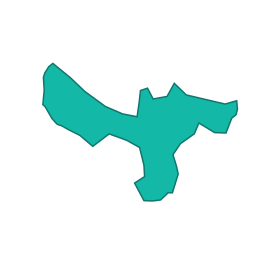 map outline of Kekavas (Albers equal-area conic projection), rotated 200°
{"feature_id": "LVA-5767", "entity_name": "Kekavas", "entity_type": "Municipality", "adm_level": 1, "iso_a3": "LVA", "parent_name": "Latvia", "parent_adm1": "", "projection": "albers", "projection_center": [24.247, 56.806], "detail": "fine", "context": "isolated", "style": "filled", "palette": "teal", "viewbox_px": 256, "rotation_deg": 200, "n_neighbors": 0, "source": "natural_earth", "source_scale": "10m", "svg_char_len": 761}
<svg xmlns="http://www.w3.org/2000/svg" viewBox="0 0 256 256"><g transform="rotate(200 128 128)"><path d="M88.2,65.2L103.0,78.5L95.8,88.0L100.3,98.5L110.5,113.7L125.2,116.0L143.7,116.0L154.8,98.7L170.7,104.6L182.9,106.0L191.3,107.4L194.3,107.2L196.3,107.5L202.7,110.9L213.3,119.8L216.0,120.8L219.7,135.0L224.8,146.6L225.0,151.3L223.4,158.6L220.7,163.0L199.5,155.6L180.9,147.5L156.6,140.5L138.0,139.4L123.3,141.7L126.5,156.9L129.1,167.5L123.3,172.1L114.3,163.9L102.1,171.0L99.8,185.8L84.5,179.0L45.0,183.7L35.2,190.8L31.6,183.2L31.0,177.4L33.9,172.7L34.2,156.8L45.1,153.3L63.1,156.9L63.7,145.2L73.4,131.2L76.6,118.3L69.6,109.0L65.1,101.9L64.1,82.3L68.2,80.8L69.8,77.4L72.8,71.5L80.1,67.8L88.2,65.2Z" fill="#14b8a6" stroke="#0f766e" stroke-width="1.5"/></g></svg>